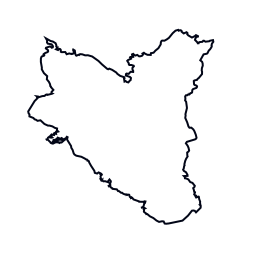 outline of Podeni, Mehedinti, Romania, rotated 172°
{"feature_id": "2599482B44594085370123", "entity_name": "Podeni", "entity_type": "district", "adm_level": 2, "iso_a3": "ROU", "parent_name": "Romania", "parent_adm1": "Mehedinti", "projection": "equal_earth", "projection_center": [22.541, 44.895], "detail": "fine", "context": "isolated", "style": "outline", "palette": "ink", "viewbox_px": 256, "rotation_deg": 172, "n_neighbors": 0, "source": "geoboundaries", "source_scale": "gbopen_adm2", "svg_char_len": 5853}
<svg xmlns="http://www.w3.org/2000/svg" viewBox="0 0 256 256"><g transform="rotate(172 128 128)"><path d="M105.0,28.3L103.6,27.9L101.0,27.8L86.9,28.7L80.7,32.9L76.2,37.2L74.7,37.2L73.4,36.7L72.4,35.0L67.2,38.9L66.8,40.8L67.5,41.8L67.0,41.9L67.1,43.7L66.8,45.1L67.4,47.6L67.4,49.9L67.6,50.2L70.2,49.7L70.7,50.9L70.1,51.6L71.3,52.4L71.7,53.1L70.6,54.8L70.6,55.1L71.3,55.5L71.4,57.5L71.8,59.4L70.5,60.3L69.9,61.4L71.8,64.7L73.9,65.8L75.4,68.7L77.3,69.9L78.6,70.3L78.5,71.5L79.3,72.6L75.7,72.3L75.6,73.3L76.7,76.1L78.7,77.8L79.2,79.1L78.5,80.0L77.7,82.5L77.2,83.0L77.2,84.3L75.9,87.5L74.7,89.5L72.9,91.6L73.1,92.4L72.8,95.5L71.3,96.3L70.6,97.2L70.8,99.9L71.4,102.1L72.8,104.8L71.6,106.1L63.2,107.4L62.0,108.0L61.5,108.8L61.8,111.9L62.7,115.6L63.5,117.5L65.2,119.5L67.1,119.7L67.9,121.1L68.6,125.4L69.9,130.0L69.2,132.4L69.2,133.7L66.9,139.4L66.8,140.4L66.8,145.9L67.6,147.4L67.1,148.9L67.0,151.3L66.1,152.3L64.7,152.2L64.3,152.7L63.0,152.7L62.7,153.1L62.4,152.8L61.2,153.8L60.2,153.9L59.6,154.3L59.0,156.7L58.1,157.5L54.7,158.2L54.0,159.0L53.8,159.7L54.4,160.5L56.1,161.4L56.5,162.2L56.3,165.4L55.7,165.8L52.9,166.1L52.2,167.0L50.9,167.7L47.2,171.1L46.8,173.5L47.0,174.7L46.5,177.0L45.3,179.3L45.1,181.5L45.4,183.2L47.0,185.0L42.9,190.4L39.6,190.6L38.9,191.0L37.2,193.5L35.9,194.4L34.2,196.3L33.6,197.5L33.8,198.2L33.1,199.9L31.5,201.5L31.6,203.2L34.8,203.0L35.5,202.6L39.3,202.7L40.7,203.9L41.4,203.9L42.3,203.0L45.2,203.1L46.1,202.8L46.3,202.1L47.0,202.1L47.7,203.6L49.4,205.9L48.9,207.1L47.7,208.6L46.0,208.8L45.9,209.2L47.8,210.5L49.0,209.7L52.1,208.7L55.4,211.3L56.3,212.6L55.9,213.7L56.7,214.7L59.7,213.9L61.5,215.9L61.4,216.6L62.1,217.4L62.9,217.6L64.2,217.3L64.6,218.2L67.4,217.8L70.5,215.7L74.9,211.6L77.1,210.4L79.7,209.4L82.0,209.8L82.6,209.6L83.5,208.4L84.0,206.2L86.8,202.8L90.1,200.8L92.2,199.0L94.9,198.9L95.3,197.2L98.6,197.8L100.9,199.3L101.8,200.3L103.3,199.7L102.9,198.8L103.3,198.2L104.0,197.6L105.7,197.3L107.0,197.4L108.7,199.1L110.5,198.7L111.7,199.6L112.5,200.7L113.8,200.3L113.8,199.7L112.8,198.6L112.9,197.7L115.8,198.0L116.1,197.6L115.1,196.8L115.2,196.2L118.5,195.3L119.4,194.6L118.2,191.9L118.3,190.8L117.9,190.2L115.8,189.9L113.7,188.9L113.6,188.3L115.1,187.1L115.3,186.6L115.4,185.1L114.9,183.8L115.1,182.8L117.6,183.3L119.8,181.5L121.8,182.1L122.5,181.7L122.8,180.3L118.9,178.2L118.1,177.1L118.8,175.0L119.7,174.6L121.3,173.1L122.8,173.7L123.9,174.9L125.0,174.5L125.1,177.6L124.6,177.7L124.6,178.8L128.5,180.7L131.0,183.1L131.9,184.6L135.6,187.8L138.3,189.4L139.4,188.9L140.3,189.4L144.9,194.6L147.9,198.5L153.5,203.8L157.5,205.6L160.3,205.9L163.0,207.3L165.1,207.8L166.1,207.2L166.3,207.5L169.0,206.8L169.4,207.1L169.9,208.6L169.9,212.1L171.3,213.3L171.5,212.9L171.3,211.8L170.6,210.9L171.4,209.8L172.4,209.1L173.0,209.4L173.6,209.1L175.8,210.0L178.5,209.6L179.5,211.9L183.3,212.4L183.9,212.8L183.7,214.6L184.1,215.5L185.0,215.9L186.4,214.9L188.3,216.0L186.7,217.0L186.5,217.6L187.2,217.7L187.7,218.9L187.4,219.7L187.9,222.0L190.4,224.1L192.5,224.9L196.8,228.2L195.9,225.9L196.3,224.0L195.7,222.7L192.0,221.5L191.0,219.6L191.0,218.9L191.3,218.3L192.3,218.1L193.4,219.4L194.1,219.6L198.0,218.9L198.3,218.2L196.4,216.2L196.4,215.1L197.0,214.4L199.5,213.8L201.3,212.9L201.5,212.4L200.8,211.7L201.1,211.3L203.5,210.8L204.0,210.2L204.6,208.9L205.1,205.5L204.9,199.9L205.2,198.1L203.6,194.0L200.8,190.6L201.6,187.5L199.9,184.7L199.1,182.2L199.1,180.3L198.6,179.8L198.6,179.2L196.6,176.1L198.8,174.2L198.9,173.0L198.2,172.6L198.5,172.5L203.3,172.0L203.6,172.5L204.9,172.3L206.1,171.4L208.5,171.5L212.2,170.9L212.5,171.6L213.9,172.0L213.4,171.4L213.8,171.0L213.6,170.0L216.7,167.7L224.5,158.3L224.4,156.5L223.7,155.1L224.0,153.2L220.3,151.1L219.3,149.6L218.0,149.0L216.6,147.7L213.6,147.8L210.2,143.6L206.9,141.5L205.4,141.3L202.6,140.1L200.4,138.3L198.3,137.4L198.7,135.7L197.8,134.5L198.8,134.4L198.5,134.1L199.7,134.0L200.5,133.5L200.0,132.9L200.0,132.3L201.7,133.2L202.3,132.5L201.6,132.0L202.1,131.3L203.8,131.9L204.3,131.2L204.1,130.9L204.8,131.3L205.0,131.9L205.7,131.3L205.1,131.2L205.2,130.5L204.3,129.2L205.3,129.1L206.9,129.6L206.6,129.9L207.2,130.3L208.6,129.5L209.3,128.1L210.2,128.0L210.1,127.7L209.1,127.7L206.7,124.5L206.6,124.0L205.7,123.5L204.1,124.5L204.3,125.2L203.0,125.9L203.1,126.5L201.5,126.4L200.0,127.4L199.2,127.0L198.9,127.3L199.2,127.6L198.9,128.2L196.1,126.6L195.3,127.3L195.0,127.1L195.7,126.0L195.5,125.9L194.7,126.2L194.1,125.8L192.5,126.1L192.4,125.4L193.9,125.6L194.9,125.2L196.2,125.8L198.6,126.0L199.3,125.8L199.4,125.2L202.3,125.5L205.0,123.6L204.9,123.1L204.4,123.0L202.1,123.8L200.1,123.8L198.9,123.2L198.3,123.4L197.8,122.7L196.5,123.2L195.8,122.9L192.1,125.3L189.8,127.8L189.1,127.3L189.9,125.4L189.8,124.7L186.9,118.1L186.9,116.3L185.9,114.0L185.3,110.4L184.7,109.2L183.1,107.8L178.2,106.0L174.8,103.6L174.2,102.9L173.1,102.5L172.4,101.6L172.6,101.3L171.4,100.6L171.2,99.2L169.8,95.6L167.3,90.3L167.1,88.2L164.9,87.2L163.3,88.1L162.0,87.3L161.9,86.4L160.8,86.4L160.4,85.4L161.6,84.6L162.0,83.6L161.8,81.6L162.4,81.4L161.7,79.7L160.7,80.3L160.9,79.6L159.7,78.6L158.1,78.5L155.2,77.1L155.1,78.1L153.5,79.6L152.4,77.7L152.8,77.1L152.8,76.4L153.5,75.6L153.9,75.8L153.4,74.2L153.5,73.7L154.2,73.9L155.2,73.4L154.9,72.8L154.3,73.0L153.7,72.6L153.1,71.4L151.9,70.5L151.8,69.9L147.6,68.8L146.6,66.9L145.8,66.8L143.8,64.8L142.9,64.7L141.9,63.6L140.6,62.8L139.1,62.5L139.0,62.1L138.6,62.3L138.0,61.8L137.4,62.1L136.1,61.7L135.8,59.6L135.3,59.0L134.5,59.1L134.3,58.7L134.5,58.2L133.5,58.3L132.5,56.5L127.1,53.7L127.1,53.4L122.6,52.7L122.0,53.1L121.0,52.8L121.3,52.1L121.8,52.4L122.2,51.9L121.8,51.7L121.8,51.3L122.5,50.7L123.5,48.4L124.4,47.6L126.2,47.2L123.6,47.2L122.3,46.1L123.5,45.8L123.8,45.3L123.5,44.6L123.9,43.1L123.7,42.5L122.0,40.9L121.9,40.2L120.9,40.1L118.6,37.5L115.4,35.3L112.7,32.4L110.3,30.7L107.3,30.9L105.7,30.5L105.0,28.3Z" fill="none" stroke="#020617" stroke-width="2"/></g></svg>